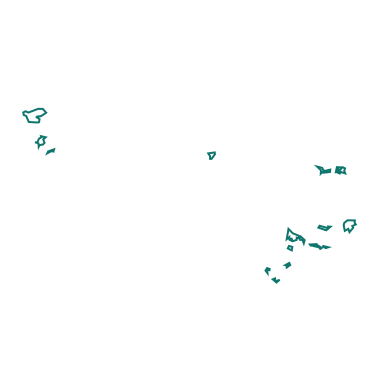 the district of Ongjin-gun, Gyeonggi, South Korea, rotated 354°
{"feature_id": "91817680B43125449030549", "entity_name": "Ongjin-gun", "entity_type": "district", "adm_level": 2, "iso_a3": "KOR", "parent_name": "South Korea", "parent_adm1": "Gyeonggi", "projection": "robinson", "projection_center": [125.875, 37.5], "detail": "medium", "context": "isolated", "style": "outline", "palette": "teal", "viewbox_px": 384, "rotation_deg": 354, "n_neighbors": 0, "source": "geoboundaries", "source_scale": "gbopen_adm2", "svg_char_len": 1915}
<svg xmlns="http://www.w3.org/2000/svg" viewBox="0 0 384 384"><g transform="rotate(354 192 192)"><path d="M55.3,97.9L52.3,93.8L47.7,93.2L37.6,95.9L34.8,94.3L32.5,95.3L32.7,97.8L35.1,99.1L37.0,105.3L46.1,106.8L47.2,106.5L48.0,103.5L45.3,101.4L45.8,100.8L49.7,100.8L55.3,97.9ZM351.0,237.3L343.7,236.4L340.2,238.6L339.4,241.0L339.9,246.6L343.6,245.0L344.4,248.4L348.6,244.4L347.8,242.6L351.5,241.4L350.5,239.6L351.0,237.3ZM287.8,243.5L284.1,238.8L281.3,248.8L284.1,247.0L283.9,249.0L286.2,248.9L286.6,250.5L285.6,250.7L286.9,251.5L291.0,250.6L291.4,248.4L292.7,249.0L294.5,247.2L287.8,243.5ZM52.2,122.3L47.7,120.7L47.9,121.8L45.4,123.0L43.2,126.6L41.0,126.1L44.4,127.5L44.3,130.9L45.2,129.4L48.7,129.2L50.5,127.7L49.5,124.1L52.2,122.3ZM323.3,242.1L315.4,238.9L314.0,240.7L321.5,244.1L326.1,241.0L323.7,240.5L323.3,242.1ZM345.6,186.8L346.7,184.5L344.1,183.0L339.4,188.2L340.9,189.1L342.5,187.8L346.3,189.5L345.6,186.8ZM324.0,181.6L319.1,179.8L322.5,183.9L322.0,187.2L324.1,185.6L324.7,186.6L331.4,186.5L331.8,184.2L326.6,184.9L324.9,184.1L324.0,181.6ZM218.7,155.0L212.2,155.3L213.7,158.2L213.4,160.9L214.9,161.1L218.8,156.8L218.7,155.0ZM281.3,272.7L277.3,274.4L279.3,274.9L278.2,275.2L278.3,277.0L282.1,274.8L281.3,272.7ZM286.0,257.1L282.8,255.8L281.4,258.1L285.1,260.5L286.0,257.1ZM315.2,261.2L310.2,257.2L308.2,258.8L312.4,260.2L313.6,262.0L315.2,261.2ZM59.3,135.1L53.2,136.6L52.1,138.4L56.2,136.7L58.4,137.3L59.3,135.1ZM299.0,251.6L295.5,247.7L294.1,249.5L294.6,251.0L296.8,251.0L297.8,254.7L299.0,251.6ZM321.8,261.2L316.1,259.2L319.0,261.8L321.8,261.2ZM341.4,182.9L338.7,182.4L337.1,187.4L339.0,187.5L340.2,183.5L341.4,182.9ZM265.5,286.6L263.2,287.3L266.5,290.8L270.0,288.5L266.8,289.3L265.4,288.2L265.5,286.6ZM258.8,275.5L256.9,277.8L258.6,280.6L258.7,276.7L260.9,277.8L261.2,276.7L258.8,275.5ZM303.8,256.5L304.5,257.7L307.5,258.0L309.1,256.8L303.8,256.5Z" fill="none" stroke="#0f766e" stroke-width="2"/></g></svg>